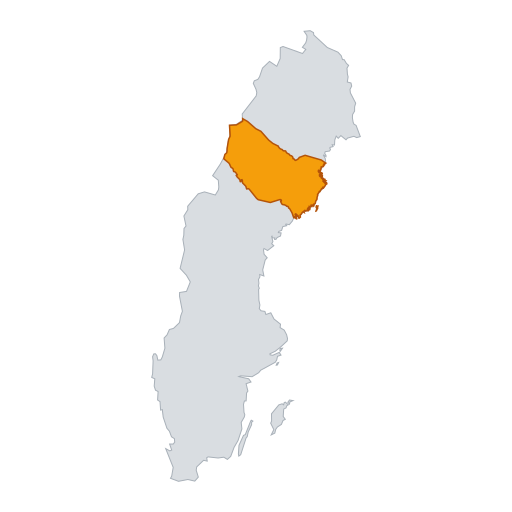 Västerbotten highlighted on a map of Sweden
{"feature_id": "SWE-192", "entity_name": "Västerbotten", "entity_type": "County", "adm_level": 1, "iso_a3": "SWE", "parent_name": "Sweden", "parent_adm1": "", "projection": "orthographic", "projection_center": [19.633, 64.883], "detail": "fine", "context": "in_parent", "style": "filled", "palette": "amber", "viewbox_px": 512, "rotation_deg": 0, "n_neighbors": 0, "source": "natural_earth", "source_scale": "10m", "svg_char_len": 9463}
<svg xmlns="http://www.w3.org/2000/svg" viewBox="0 0 512 512"><path d="M156.9,355.7L157.8,360.1L160.8,359.9L162.3,357.0L164.9,348.2L164.1,338.0L167.1,334.8L169.4,329.5L173.5,328.4L179.5,322.6L180.7,316.0L182.4,311.3L179.5,296.2L179.6,292.5L186.5,291.4L190.3,281.9L186.4,275.2L180.1,268.4L184.6,249.9L182.9,239.4L183.8,235.2L184.0,228.5L186.0,226.0L183.9,216.0L187.8,209.7L187.7,206.2L198.2,193.8L204.5,191.9L215.3,195.0L218.4,189.9L218.8,187.0L218.3,180.2L212.6,175.7L220.3,164.1L226.4,152.7L228.3,141.3L229.8,136.5L229.5,125.2L236.3,124.4L242.6,120.2L242.2,114.0L256.2,95.9L256.8,92.6L256.0,89.3L253.3,83.4L254.3,80.8L257.8,79.4L259.5,76.9L262.5,68.1L269.5,61.4L276.8,66.3L280.2,58.5L280.3,47.6L283.0,46.5L302.5,53.5L305.8,49.4L302.4,47.3L305.7,42.9L306.6,40.2L307.0,37.0L306.8,35.3L304.1,31.3L310.2,30.7L313.5,32.6L313.8,35.0L327.3,47.5L338.0,52.2L341.2,55.7L342.5,59.6L344.2,59.7L346.4,63.4L348.6,65.4L347.0,68.1L347.4,74.1L348.1,76.8L347.3,82.0L351.0,83.0L351.7,86.1L350.0,89.4L350.4,92.9L355.7,103.2L354.6,106.8L354.6,111.1L352.6,114.5L352.4,117.8L353.1,122.1L353.9,124.1L356.1,125.4L360.3,136.6L356.7,137.6L353.9,136.3L347.5,138.1L346.0,139.8L340.9,135.6L338.2,138.3L336.2,136.1L334.8,139.9L334.5,145.0L332.2,144.7L333.1,146.6L330.0,147.4L329.8,148.2L330.5,149.4L329.6,151.0L325.2,151.7L324.7,153.4L326.0,155.3L326.0,156.6L323.2,154.8L325.2,158.4L325.6,161.1L319.8,171.9L321.8,174.7L323.6,180.6L325.5,183.3L324.8,186.1L318.5,193.0L315.0,203.5L306.8,210.5L302.5,212.2L299.7,217.2L296.4,215.6L296.3,218.5L294.2,216.7L292.4,221.0L289.3,224.7L286.0,224.0L285.7,224.6L286.7,225.7L282.8,226.6L281.6,230.4L278.8,231.4L278.3,232.6L281.1,232.9L280.5,236.0L277.2,237.5L275.9,239.4L274.5,239.4L274.8,237.9L272.6,237.9L272.0,236.1L271.6,236.5L272.9,241.6L271.7,243.7L273.8,245.7L267.6,250.5L264.0,248.5L263.5,250.0L264.1,254.3L267.2,257.8L265.2,260.0L262.7,269.9L263.9,276.0L259.7,274.5L259.9,276.8L258.5,279.5L258.9,283.4L258.4,285.9L259.3,288.3L258.6,289.4L258.9,300.3L259.9,305.0L259.3,308.7L261.0,310.8L264.9,311.4L265.9,314.5L270.8,312.8L274.0,319.0L280.5,324.2L280.1,327.6L284.2,330.1L286.6,334.7L287.5,338.5L287.2,340.9L280.4,347.2L275.2,351.3L269.9,353.8L270.1,354.8L272.7,355.3L279.2,352.4L281.0,355.1L277.5,356.3L276.7,360.0L275.2,362.3L260.7,370.2L258.7,372.7L252.1,376.7L240.6,375.8L238.8,376.6L248.7,378.8L251.0,382.0L246.1,383.7L247.9,391.1L246.6,392.9L246.1,400.9L244.4,401.0L243.5,404.3L244.0,412.4L244.8,414.7L244.3,417.0L241.2,422.4L241.9,428.9L238.0,440.6L234.1,447.3L230.7,456.4L227.4,459.4L223.8,457.2L218.1,458.0L208.1,456.9L206.7,457.7L207.2,461.1L203.6,460.3L196.7,466.9L196.2,470.2L198.3,477.1L194.8,481.1L187.9,479.5L178.5,481.3L170.5,478.3L171.7,476.1L173.2,467.4L165.7,448.6L169.8,450.9L171.7,450.1L169.6,444.0L173.3,444.0L174.7,442.1L174.4,438.6L171.5,436.8L169.4,431.2L166.9,428.2L163.2,417.1L162.3,409.6L160.6,410.1L160.0,401.6L157.6,400.0L158.1,391.5L155.5,390.2L154.2,386.1L154.8,378.8L151.7,377.4L152.6,373.9L153.1,360.9L152.6,356.7L153.8,353.9L155.5,353.8L156.9,355.7ZM288.4,404.8L286.9,405.6L286.0,407.9L283.7,409.1L283.2,416.5L285.3,419.3L283.0,420.5L281.4,424.4L277.4,427.0L275.7,429.4L274.8,433.1L271.2,434.9L273.8,429.6L270.7,423.2L271.6,421.0L271.5,413.8L278.8,404.9L282.1,403.8L283.6,404.8L284.2,402.6L285.3,402.1L288.4,404.8ZM240.7,454.7L238.8,456.1L238.4,453.9L239.0,445.3L243.5,435.4L245.3,434.6L250.7,421.0L251.3,420.2L252.9,421.1L251.6,422.3L251.6,424.7L248.2,432.0L247.2,436.7L246.1,437.9L240.7,454.7ZM289.9,401.9L289.5,404.0L287.8,402.3L289.5,400.0L293.0,400.6L289.9,401.9ZM282.5,348.2L280.2,351.4L279.8,350.1L280.3,348.5L282.5,348.2ZM277.4,365.0L276.2,365.2L277.1,363.0L278.6,362.5L277.4,365.0Z" fill="#d9dde1" stroke="#a8b0b8" stroke-width="1"/><path d="M223.8,158.8L223.9,158.5L224.6,155.5L224.8,154.7L225.1,154.2L226.4,153.2L226.9,152.2L227.1,150.7L227.1,148.9L227.3,147.3L228.6,139.5L228.8,139.0L229.8,136.9L230.1,136.2L230.1,134.9L229.5,125.3L236.4,124.9L242.5,121.3L242.7,120.8L242.7,120.2L242.6,119.1L242.6,118.6L247.6,121.5L255.8,128.7L260.9,131.3L268.6,140.0L272.8,143.4L278.0,146.0L278.3,146.1L278.5,146.8L279.2,147.8L279.9,148.5L280.6,149.0L282.1,149.5L283.0,150.5L283.4,150.8L285.4,150.9L285.6,151.0L285.8,151.2L286.2,152.2L287.0,153.1L289.3,154.3L290.0,155.4L291.5,155.8L292.3,156.5L292.7,157.0L292.9,157.6L293.0,158.6L293.2,158.8L293.6,158.8L294.1,159.0L294.8,159.7L294.9,160.1L295.1,160.3L295.4,160.4L295.7,160.3L296.5,160.0L298.3,158.8L299.3,157.4L305.1,155.3L321.3,160.0L325.3,162.8L325.8,163.1L325.5,163.3L324.4,163.3L324.2,163.5L324.4,164.0L324.7,164.6L324.3,165.1L324.2,165.1L323.8,164.9L323.6,164.9L323.6,165.1L323.5,165.4L323.1,165.9L323.0,166.2L323.3,166.5L323.0,166.7L321.3,166.9L321.1,167.0L321.1,167.3L321.3,167.7L321.2,168.1L321.0,168.6L320.8,168.8L320.6,168.9L320.8,169.8L320.5,170.1L320.2,170.4L320.3,171.0L320.1,171.2L319.6,171.4L319.4,171.4L319.2,171.3L319.1,170.9L319.0,170.5L319.0,170.3L318.7,170.2L318.5,170.3L318.4,170.7L318.3,171.1L318.4,171.6L318.6,171.7L319.0,171.9L318.9,172.4L319.2,172.7L319.4,172.8L320.0,172.8L320.9,172.5L321.8,172.9L322.2,173.2L322.3,173.7L322.1,173.8L321.4,173.8L321.1,173.9L321.4,174.5L321.7,174.9L322.3,175.5L322.1,175.7L322.0,175.9L322.1,176.2L322.3,176.4L322.3,176.6L321.9,176.5L321.2,175.7L320.8,175.5L320.5,175.3L320.2,174.8L319.9,174.4L319.6,174.5L319.4,175.0L319.5,175.6L319.6,176.1L319.9,176.5L320.3,176.6L320.8,176.6L321.2,176.8L321.5,177.4L321.2,177.4L321.2,177.7L321.4,178.1L321.7,178.3L322.2,178.3L322.3,178.5L322.5,179.1L322.9,179.7L323.0,179.8L323.2,179.7L323.2,179.4L323.2,179.0L323.2,178.7L323.3,178.5L323.6,178.7L323.9,179.1L324.2,179.7L324.5,180.0L324.7,179.2L324.8,179.2L324.9,179.3L325.0,179.4L325.0,180.2L325.2,180.6L325.4,180.8L325.6,180.9L325.9,180.9L325.6,181.3L325.3,181.4L325.1,181.3L324.8,180.6L324.6,180.5L324.0,181.1L323.6,181.4L323.4,181.1L323.3,180.9L323.2,180.7L323.1,180.8L323.0,181.1L323.3,181.2L323.6,181.8L323.8,182.0L324.1,181.6L324.7,181.5L324.9,181.6L325.1,182.5L324.9,183.0L325.0,183.4L325.1,183.6L325.4,183.7L325.5,183.6L325.7,183.1L325.8,183.0L326.4,183.2L326.3,182.7L326.5,182.7L326.6,182.9L326.8,183.2L326.8,183.6L326.7,184.0L326.4,184.0L326.0,184.5L325.7,184.7L324.7,186.4L324.2,187.0L323.9,187.5L323.5,187.8L323.2,187.5L322.9,187.0L322.7,186.7L322.8,187.3L322.8,187.9L322.8,188.0L323.0,188.3L322.7,188.4L322.3,188.8L322.1,188.8L321.9,188.7L321.7,188.6L319.9,191.6L319.4,191.4L319.2,191.6L318.9,192.6L317.8,194.0L317.5,194.7L317.7,195.2L317.6,195.8L317.1,197.2L317.0,197.8L317.1,198.2L317.1,198.3L316.9,198.6L316.9,199.2L316.9,199.6L316.6,199.8L316.4,200.2L316.1,200.4L315.8,200.9L315.3,203.1L315.2,203.4L314.5,204.1L313.8,204.1L313.7,204.3L313.6,204.8L313.7,205.0L314.0,205.1L313.9,205.8L313.7,206.1L313.2,205.3L313.0,205.1L312.8,205.0L312.1,205.9L312.1,206.3L311.9,206.6L311.6,206.4L311.7,206.1L311.7,205.8L311.6,205.5L311.2,205.1L310.5,206.7L310.2,207.1L309.9,206.9L310.0,207.2L309.9,207.8L310.0,208.8L309.9,209.1L309.8,209.5L309.6,209.8L309.2,209.8L309.0,209.5L309.0,209.1L309.1,208.6L309.1,208.3L309.0,207.9L308.8,207.5L308.6,207.4L308.4,207.8L308.5,209.9L308.3,210.7L308.2,210.8L307.9,210.6L307.7,210.2L307.7,209.8L308.0,209.0L308.0,208.5L308.0,208.1L307.7,208.5L307.4,209.3L307.3,210.1L307.4,210.8L307.0,210.8L306.1,210.9L305.6,211.1L305.4,211.0L305.2,210.5L305.1,210.4L304.9,210.4L304.6,210.4L304.3,210.7L304.1,211.0L303.9,211.4L304.0,211.8L304.2,212.5L303.1,211.9L302.9,211.9L302.6,212.2L302.1,212.5L301.8,213.5L301.2,214.1L300.6,214.6L300.1,215.1L300.1,215.5L300.3,216.3L300.4,217.1L300.0,217.4L299.3,218.1L299.1,218.2L298.4,217.8L298.4,217.3L298.4,216.9L298.4,216.7L298.0,216.4L298.1,215.9L297.9,215.8L297.5,215.2L296.7,214.9L296.5,214.7L296.2,214.2L295.9,213.9L295.5,213.9L295.2,214.3L295.5,214.6L295.9,214.8L295.7,215.6L295.8,215.9L296.2,216.0L296.7,216.4L296.3,216.7L295.8,216.8L295.8,217.0L296.5,218.2L296.6,218.4L296.6,218.8L296.2,218.7L295.7,218.2L294.4,216.6L294.0,216.4L294.0,216.7L294.4,217.8L294.1,217.9L293.8,217.7L293.6,217.3L293.5,217.1L292.0,212.8L290.1,209.4L289.6,208.7L289.3,208.4L288.6,208.0L288.5,207.8L288.5,207.3L288.3,206.8L288.0,206.5L287.7,206.3L287.1,206.4L286.8,206.3L286.5,206.1L286.1,205.7L285.9,205.4L285.2,205.2L284.4,204.8L284.2,204.7L283.1,204.7L282.8,204.6L281.9,204.0L281.7,203.8L281.6,203.6L281.5,203.3L280.6,201.5L280.6,201.2L281.2,201.1L281.3,201.0L281.4,200.8L281.3,200.5L281.2,200.0L280.6,199.6L279.7,199.6L270.3,202.5L258.2,199.7L256.6,198.4L249.4,189.4L248.8,188.9L248.4,188.7L247.9,188.7L246.8,189.0L246.6,188.7L246.3,188.0L246.0,186.7L245.5,185.9L242.8,183.2L242.5,182.6L242.4,181.8L242.4,180.5L242.2,180.1L242.0,179.7L241.4,179.8L241.0,180.7L240.8,181.6L240.4,181.7L240.2,181.6L240.1,181.0L240.0,180.4L240.0,180.2L239.7,179.7L239.4,179.2L237.1,176.9L236.9,176.4L236.4,175.8L236.2,175.5L236.3,175.3L237.2,174.9L237.3,174.7L237.1,174.3L236.7,174.1L236.3,173.5L236.0,172.9L235.8,172.6L235.2,172.1L234.7,171.7L233.9,171.6L233.7,171.5L233.6,171.3L233.4,170.8L233.2,169.5L233.1,169.0L232.8,168.6L232.6,168.3L232.1,168.0L231.4,167.6L231.0,167.3L230.0,165.2L229.7,164.4L229.5,164.0L228.8,163.0L223.8,158.8ZM316.9,207.4L317.2,207.2L317.6,206.6L317.8,206.5L317.7,206.8L317.7,207.0L317.6,207.3L317.6,207.5L317.6,208.1L317.6,208.5L317.4,208.9L317.0,209.4L316.8,209.4L316.6,209.6L316.5,209.3L316.8,207.6L316.9,207.4ZM316.2,206.8L316.5,205.8L317.1,205.9L317.4,206.6L316.7,207.3L316.8,207.0L316.7,206.7L316.2,206.8ZM316.7,210.1L316.6,210.4L316.5,210.7L316.3,210.9L316.0,211.0L316.1,210.6L316.6,209.8L316.7,210.1Z" fill="#f59e0b" stroke="#b45309" stroke-width="1.5"/></svg>